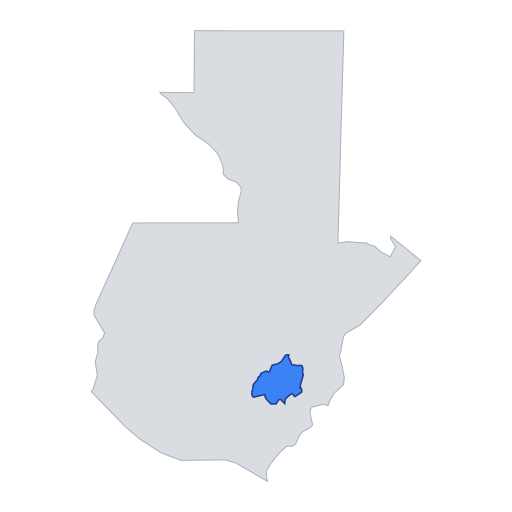 location of Jalapa within Guatemala
{"feature_id": "GTM-1961", "entity_name": "Jalapa", "entity_type": "Department", "adm_level": 1, "iso_a3": "GTM", "parent_name": "Guatemala", "parent_adm1": "", "projection": "equal_earth", "projection_center": [-89.954, 14.656], "detail": "fine", "context": "in_parent", "style": "filled", "palette": "blue", "viewbox_px": 512, "rotation_deg": 0, "n_neighbors": 0, "source": "natural_earth", "source_scale": "10m", "svg_char_len": 2818}
<svg xmlns="http://www.w3.org/2000/svg" viewBox="0 0 512 512"><path d="M91.2,391.6L93.3,388.7L95.2,382.2L97.4,375.5L96.1,367.7L95.3,361.4L97.9,352.2L97.6,345.3L98.8,341.0L102.6,338.3L104.6,333.0L94.0,314.9L94.0,310.8L95.4,305.7L104.1,286.4L114.5,263.5L125.9,238.2L132.7,223.0L157.6,222.9L174.0,222.9L194.9,222.9L217.6,222.9L232.4,222.9L238.6,222.7L237.5,212.8L238.4,201.9L241.1,192.0L241.1,187.6L236.7,182.2L228.1,179.1L223.3,174.4L223.3,168.4L221.2,161.1L217.0,152.6L208.4,143.9L195.3,135.0L184.2,123.1L175.1,108.1L167.3,98.5L161.3,94.5L159.9,92.3L177.4,92.5L194.0,92.7L194.2,71.3L194.3,52.2L194.5,30.7L224.5,30.8L260.3,30.8L297.5,30.8L326.7,30.9L343.8,30.9L343.1,57.5L342.2,88.4L341.6,111.2L340.7,141.5L339.9,172.6L338.7,215.0L337.9,242.4L338.3,243.0L348.1,241.7L362.6,242.9L366.1,242.8L370.6,245.2L374.0,245.9L381.4,252.1L390.0,256.8L395.5,247.3L392.6,241.6L390.4,238.7L390.7,236.2L420.8,260.6L417.3,264.4L409.7,273.1L395.8,288.0L383.4,301.4L371.5,313.5L360.7,324.4L359.5,325.5L345.8,333.2L343.5,336.8L340.6,352.2L339.3,356.1L341.8,364.6L344.3,377.9L343.5,384.8L334.0,393.3L329.7,401.0L327.8,405.9L326.1,404.6L323.2,404.2L316.4,406.2L313.1,406.6L310.4,408.8L310.1,413.6L311.9,421.3L312.6,425.3L310.7,427.1L302.4,431.8L299.1,436.4L295.9,443.5L292.3,446.5L288.5,445.9L285.8,447.0L280.0,452.3L271.3,462.7L266.6,470.4L266.5,476.1L267.4,481.3L235.8,463.0L225.2,459.9L180.7,460.3L161.7,453.1L140.0,439.3L125.3,426.7L91.2,391.6Z" fill="#d9dde1" stroke="#a8b0b8" stroke-width="1"/><path d="M251.8,395.0L251.9,391.6L252.0,391.1L252.1,390.4L252.5,390.0L252.7,389.5L252.9,388.6L252.9,386.9L253.4,384.3L256.1,381.3L256.8,380.7L257.3,379.8L258.1,377.3L258.2,377.2L258.8,376.9L260.1,375.9L260.4,374.7L260.5,374.0L260.7,373.7L261.0,373.4L263.2,372.3L265.9,371.1L267.2,371.3L268.2,372.0L268.8,372.2L269.2,372.0L269.5,371.5L272.1,365.3L274.0,364.6L276.8,364.1L279.3,362.9L281.7,361.2L284.5,356.5L285.7,355.2L286.1,355.0L286.6,354.8L287.7,354.8L288.9,354.9L288.3,356.8L288.5,357.2L289.0,358.3L289.8,359.7L291.1,363.0L291.8,364.2L292.3,365.0L292.5,365.0L294.7,365.0L296.0,365.3L297.0,365.6L300.9,365.3L301.9,365.7L302.4,366.6L302.7,367.8L302.9,369.1L302.9,369.5L302.7,370.8L302.6,371.1L302.6,371.4L302.5,372.1L302.6,372.7L302.9,373.6L303.3,374.9L300.3,385.6L300.0,388.0L300.3,388.1L301.2,388.0L301.8,390.5L301.8,391.6L301.8,391.9L300.0,393.3L294.9,396.6L294.7,396.5L293.8,395.5L293.2,394.8L293.0,394.4L292.6,394.0L292.1,393.9L290.5,394.5L289.1,395.6L287.5,397.0L285.8,398.5L285.2,399.8L284.7,403.6L281.1,399.9L280.8,399.7L280.6,399.6L280.3,399.5L280.0,399.5L279.6,399.5L279.1,399.7L278.8,399.8L278.5,400.0L278.2,400.5L276.2,403.9L271.0,404.0L268.8,401.8L265.9,398.6L265.2,397.1L264.7,394.5L255.7,396.7L254.6,397.0L253.5,397.2L253.3,397.1L253.0,396.8L252.8,396.5L251.8,395.0Z" fill="#3b82f6" stroke="#1e3a8a" stroke-width="1.5"/></svg>